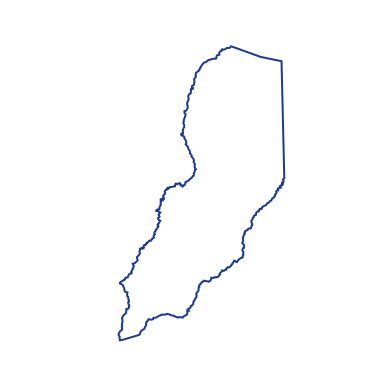 the district of Mirador, Maranhão, Brazil, rotated 315°
{"feature_id": "56859067B34634545665479", "entity_name": "Mirador", "entity_type": "district", "adm_level": 2, "iso_a3": "BRA", "parent_name": "Brazil", "parent_adm1": "Maranhão", "projection": "robinson", "projection_center": [-45.153, -6.403], "detail": "fine", "context": "isolated", "style": "outline", "palette": "blue", "viewbox_px": 384, "rotation_deg": 315, "n_neighbors": 0, "source": "geoboundaries", "source_scale": "gbopen_adm2", "svg_char_len": 6069}
<svg xmlns="http://www.w3.org/2000/svg" viewBox="0 0 384 384"><g transform="rotate(315 192 192)"><path d="M272.3,115.1L269.4,117.5L267.0,117.1L266.4,117.4L266.0,118.1L266.3,119.2L265.6,119.6L264.4,119.0L264.6,118.4L263.8,118.5L263.5,119.1L260.8,121.4L259.4,120.8L257.8,121.2L256.8,121.9L255.2,124.1L251.6,125.6L250.2,127.0L249.9,128.0L248.0,129.7L246.0,130.2L244.9,130.2L243.8,129.5L242.8,130.4L242.5,132.6L239.9,134.1L238.5,134.6L236.6,135.6L236.1,136.4L235.2,136.7L234.6,137.2L233.7,139.2L232.3,140.7L231.5,140.7L228.9,142.0L227.0,144.4L226.4,144.0L225.8,144.1L225.6,143.3L224.9,143.7L224.5,144.5L225.5,146.0L225.4,147.8L224.7,148.3L224.2,150.7L223.6,152.1L222.7,153.1L222.1,153.7L221.3,153.7L221.0,157.0L219.7,159.6L219.7,160.7L219.2,161.8L217.8,163.4L217.9,165.2L217.7,165.7L216.8,166.4L216.3,170.2L215.7,171.0L214.5,171.7L213.5,174.6L211.6,176.1L211.3,176.6L210.9,178.5L210.1,178.2L208.4,179.5L206.6,180.0L204.8,181.7L203.8,181.3L201.4,181.8L200.8,181.5L199.5,181.3L198.0,181.6L197.6,181.2L196.3,181.2L194.8,180.4L194.2,180.4L193.3,181.4L192.6,181.4L192.0,181.7L191.2,181.7L190.6,181.1L190.0,181.5L189.3,181.5L189.6,180.7L189.1,180.0L189.2,179.3L188.7,179.2L189.0,178.5L189.5,178.0L189.6,177.4L189.3,176.7L188.5,176.6L188.0,176.3L187.3,176.3L186.7,174.7L186.1,174.6L184.6,175.4L184.0,176.0L182.8,174.9L181.2,174.2L179.9,172.9L178.2,172.9L178.3,172.2L177.9,171.8L177.3,171.8L177.3,172.8L175.7,172.5L175.4,172.0L173.6,172.0L172.6,172.7L172.6,173.3L172.0,174.0L168.9,174.3L168.6,175.0L167.2,175.6L166.9,176.3L167.5,176.7L167.1,177.2L165.6,177.3L165.4,176.4L165.7,175.7L165.1,175.1L164.4,175.2L164.2,175.8L163.5,176.2L163.8,176.8L162.6,177.2L161.2,178.3L161.0,179.0L158.2,179.8L156.9,181.0L155.7,180.2L154.1,179.7L153.4,179.9L154.8,182.2L154.4,183.1L155.0,184.0L152.4,184.4L151.6,186.5L149.8,186.4L149.2,186.8L148.8,188.2L149.2,190.0L147.2,190.3L146.6,190.6L144.9,190.6L144.9,191.2L143.7,191.7L143.8,192.6L140.8,193.2L139.8,193.1L138.3,194.0L137.7,193.7L136.2,194.5L135.8,195.7L134.9,195.5L133.8,195.9L132.8,197.4L131.3,196.9L130.6,196.9L130.2,197.3L129.1,197.1L128.6,197.4L127.9,197.0L127.3,196.2L124.9,196.4L124.2,196.0L123.9,196.4L123.1,196.0L122.3,196.6L121.6,196.5L121.0,195.8L120.3,195.8L119.2,196.5L118.8,197.1L118.4,196.7L118.0,197.1L117.8,196.5L117.1,196.1L116.6,196.7L116.3,196.1L115.1,195.3L113.9,196.4L112.7,196.9L111.8,198.5L111.1,198.9L107.4,199.1L106.8,199.3L105.1,202.0L101.8,201.9L100.5,201.6L99.4,200.8L98.3,203.4L97.4,203.6L95.9,204.5L95.4,204.4L93.9,205.2L93.0,205.3L92.3,205.8L92.1,206.6L91.2,206.6L90.9,206.1L89.3,205.7L87.8,206.3L87.1,206.3L86.1,207.0L84.3,205.6L83.7,205.7L83.2,206.3L82.6,206.4L81.8,206.3L81.3,205.8L80.0,205.8L78.1,205.1L77.1,205.2L76.3,205.7L77.1,207.6L77.2,209.3L76.4,210.6L76.0,212.1L74.3,214.4L74.2,215.3L75.3,217.4L73.7,218.5L72.5,219.9L72.7,220.9L72.5,221.4L70.9,223.2L70.7,224.1L70.0,225.0L68.8,224.8L67.6,226.9L67.6,227.6L67.0,228.2L66.2,228.4L65.9,229.1L65.4,229.2L63.8,229.3L63.1,228.4L62.4,228.6L60.9,230.2L59.3,231.0L56.5,230.7L53.2,231.7L52.8,232.6L51.2,234.6L49.2,235.7L48.1,237.2L46.9,237.7L45.4,239.9L42.3,239.6L41.1,240.2L39.6,240.5L38.9,241.4L38.4,243.4L37.2,244.4L36.9,245.2L36.2,245.9L37.9,247.2L53.8,255.8L57.3,254.3L61.7,255.0L63.1,254.3L65.4,253.7L66.6,252.3L67.3,252.3L67.8,251.8L68.6,251.6L69.8,251.8L71.2,251.2L73.2,253.8L74.6,254.4L75.8,253.7L77.1,255.0L78.7,255.8L80.8,256.1L82.2,256.8L83.4,257.0L86.2,259.6L88.2,260.6L89.6,262.7L90.2,264.6L91.4,266.3L93.2,270.8L93.9,271.0L95.2,272.3L96.6,274.2L97.5,273.9L101.8,275.1L103.9,273.7L104.8,272.4L105.7,273.5L105.9,272.6L106.8,271.9L107.3,272.4L109.1,272.7L110.5,271.7L111.8,272.2L113.7,272.0L115.8,270.4L116.5,270.5L118.2,270.1L119.3,269.5L120.4,269.6L122.4,268.1L122.5,267.4L123.0,267.0L125.4,266.4L126.4,266.4L127.7,265.8L128.6,264.6L129.4,264.1L130.0,264.3L130.4,263.5L132.2,262.8L132.8,263.2L133.3,263.2L135.0,262.6L135.6,263.1L137.5,263.0L137.8,263.7L138.7,264.2L139.1,265.4L140.1,266.4L140.3,267.2L142.1,267.7L144.4,267.0L145.0,266.3L145.4,267.1L145.9,267.5L147.4,268.1L147.6,268.7L148.8,269.1L149.1,269.7L150.3,270.3L152.0,270.4L152.8,270.3L153.2,269.6L153.8,269.8L154.9,269.1L157.2,269.3L157.9,268.8L158.7,270.3L160.8,270.5L161.2,271.0L161.5,270.5L163.8,270.3L163.9,270.9L165.3,271.6L167.8,271.8L168.5,271.2L169.5,271.5L170.0,271.1L171.9,270.9L173.2,270.4L173.8,271.7L173.8,272.6L174.3,273.3L177.1,272.8L180.5,273.4L181.2,274.1L181.8,274.0L182.3,273.3L183.0,272.9L183.9,272.8L184.3,272.1L185.5,271.2L185.9,270.7L186.3,269.0L188.2,267.8L189.2,268.2L189.9,267.9L191.6,265.7L191.3,264.0L191.7,263.4L193.1,263.0L194.0,262.3L195.5,260.5L196.6,259.8L197.4,259.7L198.5,258.8L199.8,258.9L200.4,258.5L200.6,257.6L202.6,257.3L204.3,258.3L205.1,257.8L205.8,257.8L206.4,258.1L207.4,259.1L208.2,259.3L208.9,258.6L210.0,258.3L210.7,257.7L211.4,257.8L212.0,257.5L212.3,256.2L212.9,254.9L214.1,254.2L215.5,254.2L215.8,253.7L217.0,253.2L217.8,253.5L218.5,252.8L219.6,252.6L220.8,253.4L221.4,253.2L222.6,252.1L223.0,252.0L224.7,252.1L225.1,252.7L225.7,252.9L226.3,252.7L226.6,252.2L228.0,251.8L229.2,253.2L230.8,252.3L233.2,252.8L234.8,253.6L237.6,253.2L238.1,253.6L239.5,253.9L241.1,253.5L241.9,254.1L244.4,253.3L245.7,253.8L246.9,253.3L247.6,253.6L248.7,252.6L250.3,252.6L251.3,252.2L251.5,251.3L252.9,250.9L253.5,251.0L254.0,251.8L254.6,251.5L255.2,250.3L256.2,250.4L257.8,251.7L258.4,249.9L259.6,250.2L260.1,250.9L260.7,251.0L261.0,250.0L261.4,249.7L261.4,250.6L262.1,250.6L262.5,250.1L262.2,249.6L262.7,249.1L263.3,249.6L264.0,249.5L264.8,248.8L265.1,247.4L266.7,247.5L267.2,247.3L347.8,162.8L336.0,144.9L322.7,116.6L321.1,116.8L320.3,116.5L319.4,115.8L318.9,115.1L317.5,114.5L316.7,114.5L315.2,113.9L314.8,113.6L314.7,113.0L314.1,112.4L312.9,113.1L312.2,113.0L311.8,112.6L309.8,112.7L308.4,114.3L306.2,113.0L305.1,113.5L303.9,114.6L303.0,114.6L302.0,113.3L300.2,112.4L299.2,111.5L297.6,110.9L296.9,110.3L295.2,110.2L293.7,109.9L291.5,108.9L286.8,109.6L285.5,110.4L284.9,110.1L283.6,110.9L282.8,110.7L282.2,111.1L279.1,110.5L277.2,111.9L276.6,113.0L275.6,113.4L273.8,113.5L273.1,113.9L272.3,115.1Z" fill="none" stroke="#1e3a8a" stroke-width="2"/></g></svg>